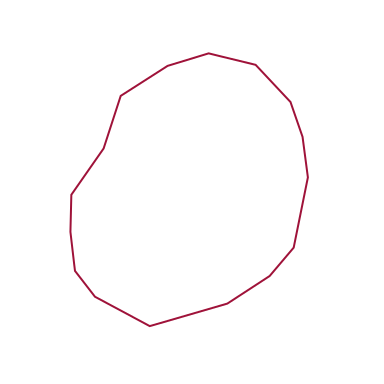 Yevlakh City, Yevlakh, Azerbaijan, rotated 108°
{"feature_id": "54616110B78344971255813", "entity_name": "Yevlakh City", "entity_type": "district", "adm_level": 2, "iso_a3": "AZE", "parent_name": "Azerbaijan", "parent_adm1": "Yevlakh", "projection": "natural_earth1", "projection_center": [47.167, 40.614], "detail": "fine", "context": "isolated", "style": "outline", "palette": "rose", "viewbox_px": 384, "rotation_deg": 108, "n_neighbors": 0, "source": "geoboundaries", "source_scale": "gbopen_adm2", "svg_char_len": 421}
<svg xmlns="http://www.w3.org/2000/svg" viewBox="0 0 384 384"><g transform="rotate(108 192 192)"><path d="M297.4,281.6L303.2,278.9L321.6,251.9L332.6,190.8L331.5,189.1L287.2,123.9L247.9,92.2L213.5,78.1L142.3,86.3L105.4,103.9L75.9,126.2L75.5,127.0L51.4,170.8L54.1,206.5L55.0,219.0L79.6,254.2L122.6,289.5L145.6,289.5L177.9,289.5L231.9,305.9L267.5,295.3L297.4,281.6Z" fill="none" stroke="#9f1239" stroke-width="2"/></g></svg>